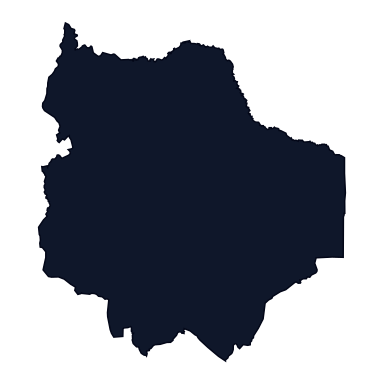 the district of Mlele, Katavi, United Republic of Tanzania
{"feature_id": "72390352B12905062635487", "entity_name": "Mlele", "entity_type": "district", "adm_level": 2, "iso_a3": "TZA", "parent_name": "United Republic of Tanzania", "parent_adm1": "Katavi", "projection": "mercator", "projection_center": [31.658, -6.61], "detail": "fine", "context": "isolated", "style": "filled", "palette": "ink", "viewbox_px": 384, "rotation_deg": 0, "n_neighbors": 0, "source": "geoboundaries", "source_scale": "gbopen_adm2", "svg_char_len": 5782}
<svg xmlns="http://www.w3.org/2000/svg" viewBox="0 0 384 384"><path d="M201.1,45.9L199.5,45.3L200.0,44.5L199.1,43.8L197.3,43.6L197.0,44.3L194.8,43.6L190.9,43.5L190.1,41.7L188.7,42.0L189.3,40.8L184.7,41.8L185.5,42.4L185.1,42.8L183.8,42.9L183.2,42.4L183.4,41.8L182.1,43.1L181.0,43.1L180.8,45.2L179.4,47.2L175.9,49.0L175.1,49.1L174.6,48.3L173.7,48.7L173.7,50.4L171.4,52.0L171.2,53.5L170.5,53.6L170.6,52.7L169.6,52.7L169.7,52.3L168.9,52.4L167.8,53.5L168.5,54.8L167.3,56.8L166.1,57.6L165.8,58.7L164.5,57.6L163.1,59.4L161.6,60.1L158.7,59.0L157.3,59.0L155.5,61.8L154.2,61.7L153.3,59.8L153.7,59.0L151.7,59.4L150.9,58.8L149.9,60.1L150.1,60.9L148.7,61.2L147.8,60.6L147.1,58.6L146.0,58.2L145.4,56.9L144.3,57.5L143.4,56.4L142.0,56.7L141.7,57.4L140.2,57.1L138.6,57.8L137.9,59.6L136.7,59.4L136.6,60.2L136.0,60.2L134.9,58.6L133.5,58.5L132.4,59.9L133.6,60.7L133.2,61.1L131.1,59.6L130.1,60.0L128.6,59.5L120.9,59.9L114.6,54.3L113.4,54.1L111.1,55.0L102.7,52.6L100.6,55.8L98.2,56.4L93.3,52.8L91.9,46.8L91.0,46.1L89.3,47.9L87.0,47.7L84.9,45.1L84.2,45.1L82.4,46.0L82.2,46.7L79.2,49.1L77.7,49.4L77.4,49.0L75.3,49.9L75.1,48.7L77.4,45.9L77.3,42.9L76.8,40.7L74.7,39.3L74.4,38.5L74.8,37.3L77.3,35.8L77.2,35.0L74.0,33.7L74.8,30.3L74.2,29.4L71.1,28.5L68.7,24.6L65.4,23.0L64.0,28.6L64.8,29.8L64.7,33.7L64.2,34.6L64.7,36.0L62.7,40.1L62.9,42.0L60.5,44.3L60.1,45.2L60.1,46.3L62.4,50.1L62.3,52.8L60.9,56.1L60.2,56.1L58.8,58.0L58.1,58.0L56.4,61.0L58.5,63.9L58.2,66.5L55.4,68.8L54.4,71.3L52.2,74.4L48.9,77.2L47.8,82.9L47.7,86.5L47.0,88.5L46.9,93.7L44.8,100.5L42.8,103.1L42.5,106.4L42.9,108.0L44.5,110.6L54.7,117.4L57.2,121.2L58.9,122.7L60.1,126.3L58.6,130.2L59.7,132.9L56.6,134.9L57.9,139.1L57.2,140.4L58.1,141.7L59.2,142.5L62.4,138.9L64.5,139.9L67.6,136.5L69.3,135.5L69.4,137.4L71.0,139.7L72.9,147.4L72.1,148.7L68.2,149.6L70.0,151.5L70.3,153.5L68.7,155.2L61.8,158.4L59.6,155.5L58.1,154.9L57.1,155.2L56.6,157.1L54.7,159.1L52.4,159.0L51.4,160.1L51.1,161.3L49.2,163.3L48.7,165.5L47.7,165.9L47.6,167.1L47.0,165.9L43.1,166.8L41.8,166.6L42.3,171.2L43.2,171.7L43.6,172.9L44.4,173.1L44.8,174.9L46.0,176.4L44.4,181.4L45.3,184.1L44.3,185.4L44.2,187.4L45.3,190.1L44.3,192.0L45.3,194.1L46.3,194.2L46.9,195.3L45.9,197.1L46.1,198.2L47.3,198.1L47.3,199.0L48.1,199.5L48.3,201.4L49.3,201.6L49.1,202.7L50.3,205.2L48.8,208.2L48.0,207.8L47.5,208.3L47.1,210.4L47.9,211.2L45.9,214.2L47.1,216.3L43.6,219.8L38.6,227.2L39.3,234.5L40.1,236.0L40.4,240.2L39.8,243.2L40.2,247.1L42.4,247.5L45.8,251.8L45.8,257.6L43.1,269.9L48.5,276.5L51.5,277.1L58.5,276.9L64.2,279.1L70.8,284.3L75.5,287.1L74.8,290.4L77.9,294.4L80.9,293.6L81.5,292.9L82.2,293.4L89.7,294.2L91.6,293.3L94.4,293.5L96.6,294.3L98.5,296.2L102.3,296.8L105.0,299.2L107.3,298.8L108.8,299.9L107.5,312.6L107.7,316.8L110.2,329.6L111.5,333.3L113.8,337.1L122.8,336.4L123.0,328.8L124.1,327.9L127.9,327.6L130.6,326.5L131.5,327.8L131.4,330.5L131.9,330.7L131.5,331.5L132.4,332.6L132.3,333.3L133.5,333.3L132.4,335.3L132.6,339.0L132.2,339.9L133.2,343.5L136.5,346.8L138.7,347.0L139.4,349.6L141.3,353.3L144.1,355.1L146.0,355.3L146.5,356.0L147.1,353.7L146.5,351.1L149.3,350.5L149.2,349.3L151.0,348.4L153.4,345.5L155.0,344.7L160.2,344.3L166.9,342.4L170.6,342.3L173.0,340.3L173.0,339.2L176.5,335.3L177.7,332.6L179.0,331.8L180.6,332.0L181.9,332.4L181.8,333.1L183.8,333.4L183.4,332.6L183.9,332.6L183.8,331.6L184.9,331.9L183.6,331.0L183.5,330.0L184.2,329.4L184.2,328.6L190.2,330.9L195.0,334.8L197.1,335.8L198.0,337.7L199.9,340.0L207.8,347.3L218.5,356.3L225.5,361.0L225.5,359.9L227.8,358.0L228.5,356.0L231.6,353.6L232.2,352.6L233.2,349.7L233.3,345.2L234.8,343.8L236.0,343.8L236.9,344.6L238.0,347.2L239.6,348.6L243.2,344.6L247.7,345.3L250.2,344.8L250.3,342.3L251.6,340.9L251.9,339.0L253.4,337.8L253.6,335.7L258.3,328.3L263.1,318.9L265.1,303.2L268.5,300.0L271.8,298.3L272.7,296.4L280.3,291.7L285.7,289.7L294.5,282.7L296.0,281.8L298.2,283.2L300.3,283.1L300.7,282.6L299.9,279.9L301.3,280.0L301.9,279.3L303.5,278.7L306.3,278.7L307.4,276.9L309.8,277.2L311.4,275.0L315.7,272.9L316.8,271.5L317.1,269.9L314.7,263.2L316.1,257.8L332.1,257.0L343.2,257.3L343.4,216.9L344.1,214.9L344.0,213.3L344.8,213.3L344.7,200.9L345.4,192.9L344.5,173.3L344.5,157.7L341.2,155.7L340.4,155.7L339.5,154.8L336.5,154.7L335.8,155.1L334.2,154.1L332.7,151.3L329.5,149.9L328.1,146.2L327.0,146.1L326.4,144.7L325.6,145.0L324.8,144.3L321.8,144.3L321.4,144.9L319.4,144.9L317.6,145.7L317.4,145.0L316.6,145.3L315.7,144.9L314.7,143.3L313.5,143.4L312.3,142.3L310.9,142.6L310.0,141.3L309.7,141.7L304.1,142.1L302.0,140.1L301.0,140.7L300.5,140.2L298.5,140.1L298.2,141.2L296.0,140.3L294.1,140.6L293.4,139.9L292.3,140.1L291.2,137.9L290.6,138.4L286.7,135.5L285.9,133.2L280.6,130.6L279.1,130.5L278.8,129.1L278.1,128.5L275.1,127.9L274.4,127.2L273.3,128.3L271.1,128.7L271.2,127.7L269.1,127.7L268.9,129.2L267.2,129.5L265.3,127.8L265.0,127.0L263.7,126.6L263.4,125.7L262.1,125.7L261.6,126.3L260.5,125.0L259.7,125.1L259.6,123.8L258.6,122.3L255.5,122.1L253.4,120.8L252.4,119.4L252.9,118.7L251.7,117.7L252.0,116.4L250.8,116.3L250.2,115.6L250.1,113.8L249.6,113.7L249.0,114.3L248.4,113.4L249.2,110.8L249.8,110.6L248.9,108.9L247.7,108.0L248.4,107.4L246.2,106.6L246.9,103.2L245.6,102.7L246.7,100.4L245.0,98.8L244.3,99.0L243.2,96.0L241.7,95.6L243.3,94.1L242.7,93.6L240.8,93.5L240.3,92.7L240.9,92.2L240.5,90.2L239.6,89.8L239.5,89.1L237.0,88.2L237.9,87.7L238.7,86.0L237.4,85.2L236.8,83.4L237.3,81.7L235.9,81.5L235.1,80.6L233.9,81.1L233.7,80.6L234.4,78.8L234.0,77.1L232.2,75.2L232.2,74.6L233.6,74.2L232.4,73.2L232.3,70.4L232.9,69.1L232.6,68.0L233.2,67.0L232.5,64.2L230.3,61.1L228.9,60.2L227.3,60.7L225.7,59.3L225.3,57.3L223.9,54.7L223.0,54.2L223.8,52.8L223.2,50.0L222.6,49.2L219.7,49.4L218.9,48.2L217.6,48.5L214.7,47.8L213.1,45.9L211.7,47.4L208.9,47.1L207.5,46.2L206.4,47.1L205.8,46.7L205.3,47.2L203.5,44.9L201.1,45.9Z" fill="#0f172a" stroke="#020617" stroke-width="1.5"/></svg>